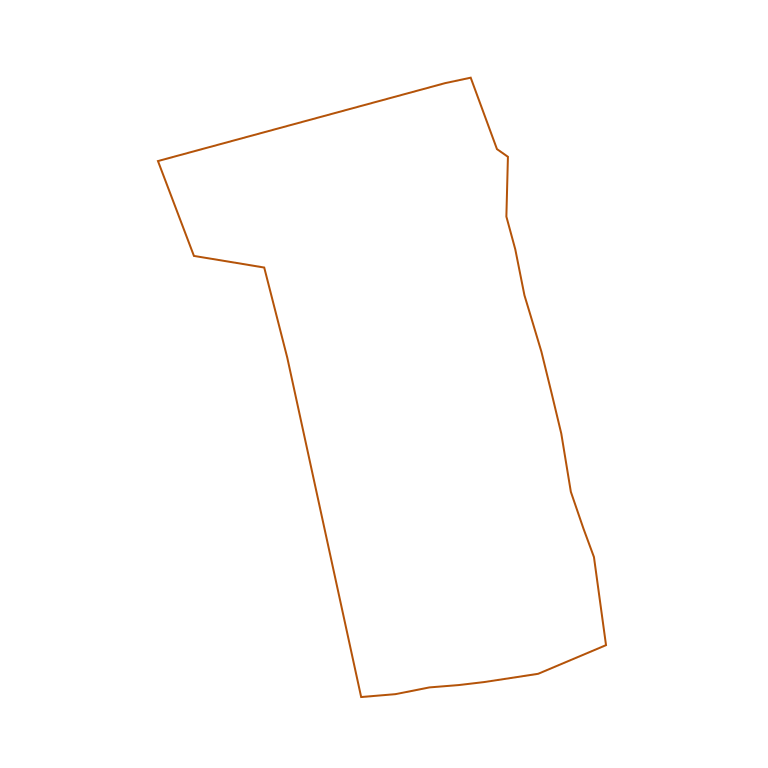 outline of Tumaseu, Tuvalu, rotated 96°
{"feature_id": "33948139B75892049878834", "entity_name": "Tumaseu", "entity_type": "district", "adm_level": 2, "iso_a3": "TUV", "parent_name": "Tuvalu", "parent_adm1": "", "projection": "orthographic", "projection_center": [178.68, -7.489], "detail": "fine", "context": "isolated", "style": "outline", "palette": "amber", "viewbox_px": 768, "rotation_deg": 96, "n_neighbors": 0, "source": "geoboundaries", "source_scale": "gbopen_adm2", "svg_char_len": 475}
<svg xmlns="http://www.w3.org/2000/svg" viewBox="0 0 768 768"><g transform="rotate(96 384 384)"><path d="M697.7,374.0L691.3,340.4L681.0,307.1L675.6,278.2L670.0,253.4L656.1,200.4L620.5,135.9L534.2,157.1L506.8,170.6L471.7,186.9L414.8,202.5L376.9,215.9L335.5,230.8L298.2,246.4L281.1,253.6L236.4,267.5L204.7,279.8L145.1,284.5L138.6,296.2L70.3,329.8L78.4,354.7L185.9,632.1L276.5,586.4L280.7,515.3L367.8,483.0L697.7,374.0Z" fill="none" stroke="#b45309" stroke-width="2"/></g></svg>